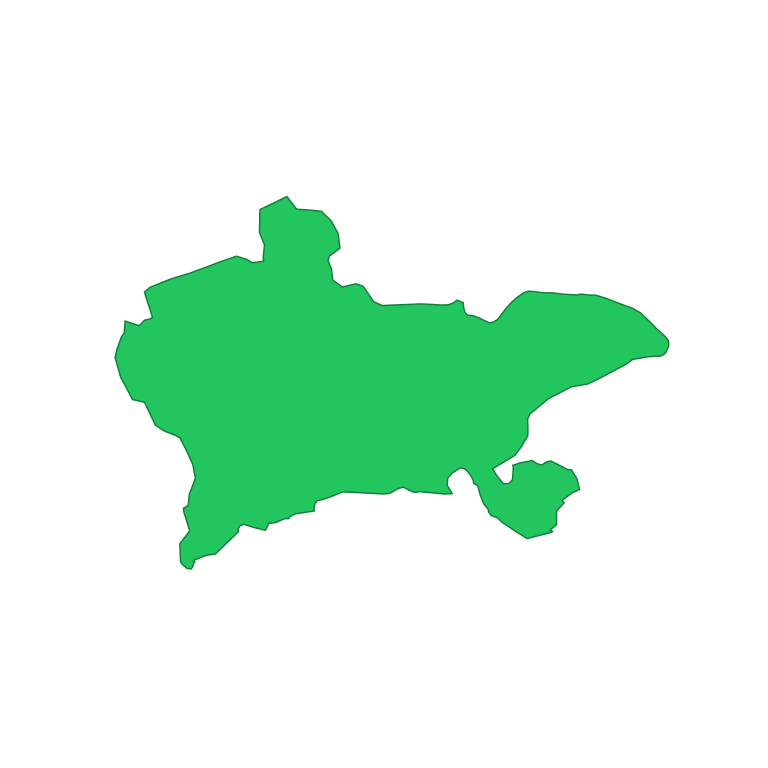 outline of Dimnat Khadir, Ta`izz, Yemen, rotated 329°
{"feature_id": "15242507B32780307406374", "entity_name": "Dimnat Khadir", "entity_type": "district", "adm_level": 2, "iso_a3": "YEM", "parent_name": "Yemen", "parent_adm1": "Ta`izz", "projection": "natural_earth1", "projection_center": [44.257, 13.441], "detail": "fine", "context": "isolated", "style": "filled", "palette": "green", "viewbox_px": 768, "rotation_deg": 329, "n_neighbors": 0, "source": "geoboundaries", "source_scale": "gbopen_adm2", "svg_char_len": 4335}
<svg xmlns="http://www.w3.org/2000/svg" viewBox="0 0 768 768"><g transform="rotate(329 384 384)"><path d="M386.0,513.1L386.0,503.2L388.3,500.1L390.0,497.7L390.2,497.4L390.4,497.4L391.9,496.9L394.9,496.0L396.0,495.6L403.0,495.2L403.9,495.2L405.8,495.2L406.0,495.2L406.3,495.2L407.2,496.0L409.9,499.1L410.2,500.7L411.1,505.7L411.1,507.7L411.1,512.1L409.7,515.3L412.0,519.5L409.5,527.9L408.9,531.3L407.8,537.5L407.7,538.0L408.8,545.0L407.7,547.7L407.9,549.3L408.1,551.8L409.0,552.9L412.2,557.1L412.4,557.9L412.7,558.6L413.6,562.1L413.9,563.1L414.7,564.9L415.5,566.4L417.0,569.7L420.5,577.2L422.6,581.4L427.1,590.2L451.2,597.4L452.6,597.1L451.3,594.6L459.5,593.5L466.4,581.8L477.2,578.7L476.7,575.5L489.3,574.3L493.2,574.7L497.3,575.1L500.2,565.7L500.6,564.8L500.5,559.6L500.5,558.3L500.5,554.2L497.3,551.9L494.2,546.7L487.7,536.4L486.4,535.5L484.2,534.7L482.3,534.5L480.2,534.5L478.4,534.8L477.3,534.5L474.1,531.0L471.6,526.0L459.1,521.4L455.2,520.8L452.6,520.0L451.7,522.4L445.0,532.1L440.4,533.6L440.1,533.5L435.2,531.4L434.6,528.3L433.8,523.1L433.7,521.4L433.4,518.9L433.4,517.7L433.4,513.9L433.2,512.7L441.8,512.6L444.5,512.6L446.0,512.6L447.6,512.6L451.4,512.6L452.1,512.6L459.4,512.6L461.8,511.6L469.6,508.4L470.2,508.1L476.4,504.7L476.5,504.7L480.6,502.4L484.3,496.5L488.9,488.2L490.6,487.0L491.9,486.1L493.8,484.8L495.8,484.5L517.6,481.3L541.2,482.8L543.2,482.9L543.7,483.1L558.3,488.8L566.9,489.8L568.4,490.0L595.1,491.4L601.5,491.8L609.7,491.0L618.8,494.4L624.4,496.7L629.9,499.4L632.9,501.1L635.1,502.4L636.6,502.6L637.8,502.8L641.0,502.5L644.3,500.6L647.7,497.9L649.4,495.0L650.0,492.5L649.6,489.3L649.6,489.0L647.6,481.6L646.7,479.5L643.5,466.0L641.4,458.9L640.6,455.3L636.1,447.2L627.2,436.2L618.5,424.9L610.9,416.6L605.9,413.6L601.6,410.2L597.7,407.6L596.3,407.4L595.8,407.4L583.7,399.2L576.4,393.4L566.4,387.1L560.5,382.2L555.5,378.8L550.9,377.8L543.8,378.2L536.0,379.6L531.2,380.9L526.2,382.5L521.4,384.6L514.6,387.2L509.7,387.2L506.8,386.4L505.8,386.0L499.7,376.6L496.8,372.7L495.0,370.8L493.3,369.6L491.7,368.6L490.7,366.9L490.3,364.2L491.7,359.4L493.0,356.5L493.8,355.0L489.8,349.8L485.0,350.2L480.0,349.3L479.7,349.2L476.6,347.4L474.3,346.1L456.8,334.3L452.7,332.1L428.0,318.6L424.6,316.8L423.3,316.1L423.2,316.2L417.6,308.3L416.5,289.6L416.4,289.3L411.4,283.6L398.3,279.4L393.6,268.6L398.3,258.1L399.6,249.5L402.9,246.3L416.3,244.8L418.3,240.3L422.1,231.6L422.7,218.2L422.7,216.7L420.1,207.0L419.5,203.9L412.6,198.6L399.2,189.2L397.3,173.3L392.0,172.8L368.7,170.7L367.5,170.6L355.3,189.9L353.2,203.3L345.8,213.0L344.0,216.7L333.5,212.2L330.9,207.0L324.1,199.3L323.5,198.5L318.3,197.4L308.4,195.3L306.4,194.9L288.4,191.6L284.8,190.9L284.5,190.8L274.5,189.0L273.1,188.6L260.0,185.3L255.3,184.2L247.7,182.9L233.0,180.6L225.9,181.9L220.0,207.4L217.8,207.9L216.5,207.5L213.3,206.5L211.4,206.0L204.5,208.0L204.3,207.9L204.2,207.9L194.5,196.7L187.8,206.3L183.2,208.4L172.6,217.1L167.1,222.9L161.7,242.9L161.4,250.8L160.4,267.8L169.3,276.3L168.0,290.0L166.8,301.3L170.1,308.3L171.4,311.1L177.7,319.2L181.3,324.8L181.2,327.1L180.6,337.0L179.8,344.4L178.6,354.8L173.7,367.8L173.0,368.3L160.2,378.4L153.7,387.2L150.8,387.3L148.1,387.2L146.8,389.7L144.3,399.8L141.8,409.9L136.0,412.1L126.8,415.7L121.5,425.2L120.0,428.0L118.0,431.6L118.0,434.2L119.1,437.5L119.2,437.8L119.3,438.0L120.1,440.5L123.4,443.2L125.5,442.4L128.4,439.7L130.0,439.2L130.3,438.5L130.0,437.7L130.4,437.1L143.8,439.4L152.0,442.9L169.5,438.8L183.3,435.6L184.6,432.8L188.0,431.4L191.7,432.2L192.6,433.2L198.4,439.8L200.3,441.7L203.1,444.4L207.1,448.3L207.5,448.1L213.5,444.1L219.8,447.0L223.2,447.4L223.7,447.5L224.7,447.6L225.0,447.6L229.7,448.3L232.7,450.2L233.3,450.3L233.7,449.3L238.1,449.3L241.2,449.7L253.7,454.8L258.8,456.9L259.2,456.9L259.4,455.4L262.9,451.2L265.3,450.3L265.5,449.5L274.8,452.1L276.3,452.5L281.2,453.3L281.5,453.4L289.0,454.6L292.1,455.1L293.1,455.3L294.8,456.4L299.3,459.4L300.2,460.0L300.6,460.2L304.5,462.8L305.1,463.2L305.9,463.8L306.1,463.9L310.8,467.1L320.6,473.7L325.9,477.3L332.4,480.7L336.3,480.8L342.5,481.0L347.1,482.2L347.5,482.4L347.8,482.9L350.5,487.5L353.7,492.0L356.9,493.9L357.3,493.9L358.1,493.9L358.6,494.3L367.2,500.6L373.3,505.1L375.6,506.8L376.3,507.3L376.5,507.4L379.3,509.5L379.5,509.6L383.0,511.5L384.4,512.3L385.0,512.6L385.4,512.8L386.0,513.1Z" fill="#22c55e" stroke="#15803d" stroke-width="1.5"/></g></svg>